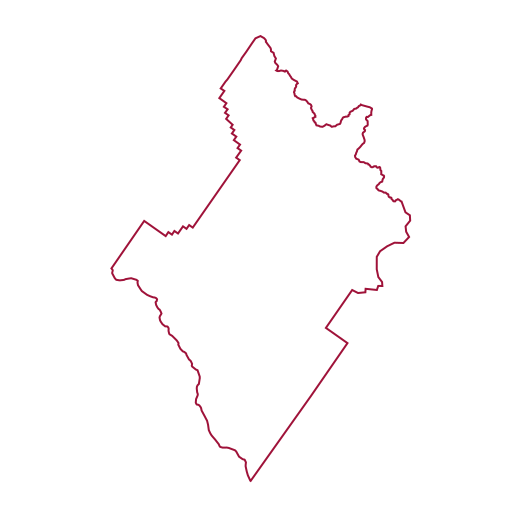 Baker, Oregon, United States of America, rotated 125°
{"feature_id": "52423323B10863123109604", "entity_name": "Baker", "entity_type": "district", "adm_level": 2, "iso_a3": "USA", "parent_name": "United States of America", "parent_adm1": "Oregon", "projection": "mercator", "projection_center": [-117.935, 44.668], "detail": "fine", "context": "isolated", "style": "outline", "palette": "rose", "viewbox_px": 512, "rotation_deg": 125, "n_neighbors": 0, "source": "geoboundaries", "source_scale": "gbopen_adm2", "svg_char_len": 5589}
<svg xmlns="http://www.w3.org/2000/svg" viewBox="0 0 512 512"><g transform="rotate(125 256 256)"><path d="M130.6,381.0L139.0,381.0L138.9,376.6L147.7,376.6L147.8,367.9L152.2,367.9L152.1,363.4L156.5,363.5L156.5,359.1L160.8,359.1L161.9,350.4L165.2,350.4L165.2,346.0L169.5,346.0L169.5,340.6L173.8,340.6L173.9,333.0L178.2,333.0L178.2,328.6L186.8,328.7L186.8,324.3L269.0,324.1L269.0,328.5L273.6,328.5L273.6,332.8L282.3,332.8L282.3,337.2L286.7,337.1L286.7,341.5L291.5,341.4L291.4,367.7L349.1,367.3L349.6,365.6L349.8,365.3L350.1,365.0L352.2,364.2L352.7,363.8L355.1,359.1L355.2,358.8L355.6,357.2L355.6,356.7L354.2,353.8L354.0,353.5L351.9,351.1L351.1,350.3L349.8,349.6L347.4,347.2L345.8,345.5L344.1,340.3L344.2,338.6L345.9,337.7L347.6,335.9L347.9,335.2L349.5,331.3L350.2,329.4L350.3,323.0L350.0,321.3L349.7,319.7L348.8,316.4L348.1,315.2L347.9,314.2L347.8,313.6L348.0,312.7L348.2,312.2L349.9,311.5L351.0,311.8L351.5,311.7L353.4,309.7L354.6,307.4L355.0,306.3L355.3,305.3L355.2,304.3L355.6,303.3L356.6,301.5L357.4,300.4L360.5,300.2L361.8,299.7L363.7,297.7L364.4,296.4L365.5,293.5L365.7,290.0L364.7,288.5L364.6,287.8L365.1,286.5L365.8,285.7L366.8,285.2L367.7,284.5L369.4,282.6L369.7,281.9L369.5,278.9L370.6,272.6L371.2,270.9L371.8,269.5L373.2,268.8L375.4,264.7L376.1,261.3L375.7,259.6L375.9,257.4L376.9,256.2L379.2,251.5L379.2,250.7L379.5,249.1L381.0,246.5L382.8,245.6L383.2,244.7L383.5,240.1L383.1,238.4L387.0,233.0L388.3,232.0L393.6,229.4L395.3,229.7L396.8,229.5L398.3,228.7L399.5,227.7L401.4,226.0L402.4,224.6L402.9,224.2L403.8,223.8L407.6,223.0L410.2,221.5L410.7,221.2L411.3,220.2L411.6,219.4L411.5,219.0L411.0,218.0L410.9,217.3L410.9,216.7L411.5,214.8L412.1,213.7L413.8,211.9L416.9,205.7L418.0,203.6L419.0,201.6L421.7,198.5L425.7,194.8L427.5,191.7L428.4,189.6L428.9,187.8L429.8,184.2L430.7,181.3L431.5,178.6L432.5,177.0L432.8,176.3L432.9,175.8L432.1,173.4L429.7,170.1L428.8,168.1L428.7,167.6L427.2,161.8L427.5,160.1L429.8,155.4L430.1,154.9L430.1,150.6L429.9,149.7L429.4,148.7L429.4,148.4L430.8,145.9L433.3,144.5L434.3,143.8L437.9,139.9L440.3,136.9L443.3,131.8L443.3,131.4L339.2,130.7L274.9,131.1L274.8,157.5L228.7,157.7L227.8,151.2L223.0,145.6L220.0,147.4L214.5,137.5L210.4,138.7L208.1,135.3L205.0,137.8L203.1,143.7L197.6,149.5L187.4,156.6L180.9,157.1L172.7,154.1L165.7,150.2L160.8,142.7L152.6,141.5L150.0,146.9L145.9,150.5L138.6,150.0L134.4,153.3L134.5,158.6L127.9,168.0L128.1,168.5L128.0,169.6L128.0,170.4L127.9,171.5L128.1,172.4L129.0,172.7L129.6,173.2L130.5,173.5L131.3,173.3L131.6,173.7L132.1,174.2L132.3,175.0L131.9,175.7L131.6,177.2L131.5,177.8L130.7,178.5L130.8,179.4L131.3,179.9L131.3,181.2L130.6,182.2L129.8,182.8L129.6,183.8L130.0,184.4L129.7,186.1L130.7,187.6L130.7,189.4L131.3,191.6L131.8,192.7L131.9,193.6L131.7,193.9L131.4,194.9L131.5,195.8L131.2,196.5L130.0,197.2L128.6,197.2L126.9,196.7L126.4,196.6L125.7,196.7L124.4,196.4L123.5,195.9L123.1,195.5L122.6,195.3L122.2,195.5L121.1,196.0L120.0,196.3L118.3,196.2L117.4,196.7L117.0,197.0L116.8,197.7L117.1,198.4L117.1,199.5L117.2,200.3L115.7,201.3L114.5,202.1L114.3,203.2L113.5,204.0L112.4,205.0L112.2,205.8L112.8,206.3L113.8,206.8L114.1,207.5L113.8,208.6L113.6,209.1L113.9,209.6L114.4,209.9L114.6,210.6L115.1,210.9L116.3,211.3L117.0,212.3L117.1,213.4L116.6,214.2L116.3,215.6L116.6,216.5L116.2,216.9L116.2,217.6L116.4,218.1L117.1,219.2L117.3,220.0L117.2,220.7L117.4,221.7L118.3,223.0L119.1,224.3L119.2,225.6L118.6,226.3L118.2,227.3L118.8,229.7L118.0,231.6L117.0,232.5L115.6,232.5L114.3,233.0L112.2,233.4L110.6,234.0L109.3,233.6L107.1,233.2L104.1,233.0L103.1,232.9L101.3,232.3L99.5,232.9L98.3,234.0L97.8,234.8L97.0,235.8L95.7,237.8L94.9,238.7L94.1,238.9L93.6,239.1L92.4,238.7L91.4,238.4L90.3,238.9L90.2,240.0L89.5,240.8L87.8,240.8L86.2,240.1L85.3,239.5L84.3,239.8L83.8,240.2L81.5,241.9L81.3,242.6L81.1,243.8L80.8,244.4L80.2,244.8L79.6,245.0L79.4,245.2L78.5,245.1L78.0,244.1L76.3,243.6L74.8,243.1L74.3,242.5L73.6,243.0L73.2,243.3L72.2,244.0L70.7,244.7L69.1,245.2L68.7,245.6L68.9,248.2L69.8,250.5L71.0,253.9L71.8,256.2L71.8,257.0L72.9,257.0L74.3,257.8L75.6,257.7L76.8,258.3L77.6,258.4L79.2,259.9L81.6,260.1L83.7,261.4L84.9,261.5L86.3,260.6L87.4,261.1L88.4,260.5L89.7,261.4L90.2,262.3L91.5,263.3L92.1,263.9L92.6,264.1L93.6,264.1L94.6,263.9L96.0,264.0L97.3,263.6L98.4,263.1L99.7,263.0L102.0,264.9L104.2,265.4L105.2,266.7L106.7,268.0L106.7,269.0L106.5,269.9L106.9,271.1L107.4,272.7L107.7,273.9L109.1,274.4L109.8,274.5L112.0,275.6L113.2,277.8L113.4,279.4L114.3,281.4L113.6,282.6L112.7,283.7L112.9,284.6L112.3,285.2L112.1,286.6L111.1,287.8L110.6,288.6L109.8,288.2L109.0,287.6L107.9,287.6L107.8,287.3L107.0,287.8L106.6,288.8L105.9,289.7L105.6,291.3L105.6,291.9L105.4,292.4L104.8,292.8L104.2,294.3L103.2,295.9L102.3,296.1L101.5,296.3L100.6,297.8L100.6,299.2L101.0,300.7L100.5,301.8L99.9,303.8L99.9,305.1L100.2,305.9L100.8,306.8L101.7,308.4L102.2,310.9L102.5,313.3L102.1,314.8L102.6,315.5L101.8,316.8L100.8,317.7L100.1,318.8L99.1,319.2L98.4,319.0L97.3,319.9L96.3,320.3L95.3,320.1L94.1,320.3L93.1,321.2L91.4,321.2L90.6,320.8L89.6,322.5L89.9,324.6L90.1,326.3L90.1,328.5L89.3,330.1L88.7,331.9L88.1,332.9L87.8,334.5L86.8,335.9L86.8,337.7L87.4,338.1L88.1,337.9L88.5,338.3L88.7,339.8L89.7,341.9L91.4,343.3L92.3,344.7L92.4,345.8L91.8,345.6L90.7,345.8L87.8,346.7L87.2,348.3L86.9,350.2L86.7,351.1L85.9,352.2L84.6,352.5L82.8,353.0L81.7,355.6L80.6,356.9L79.5,358.1L79.7,361.1L78.8,361.9L78.1,362.3L77.3,363.4L76.8,364.9L76.2,366.8L75.8,368.1L75.3,369.4L74.9,370.8L74.1,371.1L73.4,372.2L72.9,374.4L73.3,378.5L78.0,381.3L83.7,381.3L94.5,381.1L102.1,381.2L104.4,380.8L116.6,380.7L127.9,380.7L130.6,381.0Z" fill="none" stroke="#9f1239" stroke-width="2"/></g></svg>